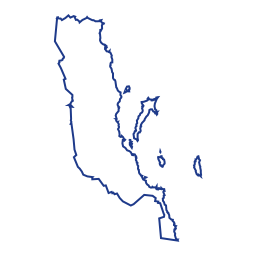 the district of Loreto, Baja California Sur, Mexico
{"feature_id": "50627088B56392169999769", "entity_name": "Loreto", "entity_type": "district", "adm_level": 2, "iso_a3": "MEX", "parent_name": "Mexico", "parent_adm1": "Baja California Sur", "projection": "robinson", "projection_center": [-111.2, 25.885], "detail": "fine", "context": "isolated", "style": "outline", "palette": "blue", "viewbox_px": 256, "rotation_deg": 0, "n_neighbors": 0, "source": "geoboundaries", "source_scale": "gbopen_adm2", "svg_char_len": 5897}
<svg xmlns="http://www.w3.org/2000/svg" viewBox="0 0 256 256"><path d="M87.1,17.1L86.5,18.0L82.4,20.0L79.6,22.4L79.4,21.5L77.3,19.7L75.9,19.9L74.6,17.0L75.0,16.6L73.7,16.1L70.4,17.6L68.4,15.4L65.4,18.0L61.9,20.1L60.6,18.5L58.9,18.5L57.9,18.0L57.9,17.3L57.2,17.4L57.1,18.4L56.8,18.6L57.0,19.1L54.9,41.3L64.1,56.9L63.8,57.9L62.8,58.6L62.5,59.8L61.6,60.4L59.4,60.7L59.1,62.5L59.3,62.7L58.5,63.6L60.9,68.1L65.5,78.8L63.8,79.6L65.8,88.9L72.4,94.9L72.4,97.1L72.1,97.4L72.4,99.9L72.8,100.3L72.7,101.0L71.8,101.3L70.2,104.1L68.6,105.0L70.7,105.0L72.3,106.8L69.8,106.6L70.7,108.6L71.1,119.2L70.8,120.4L71.4,122.0L70.7,123.9L71.5,123.9L73.6,139.4L74.5,149.6L76.3,155.0L73.9,157.2L77.9,166.9L79.7,168.6L81.8,171.5L83.3,174.7L87.4,176.4L92.5,177.1L92.2,177.4L92.3,179.3L98.7,178.9L103.7,185.8L105.8,185.4L108.6,193.0L111.7,191.9L112.3,193.2L113.4,192.7L114.5,194.2L117.0,193.5L119.7,198.0L122.9,201.4L130.8,205.5L133.6,204.2L144.2,194.9L152.6,195.8L155.7,198.1L155.1,201.1L158.3,201.6L158.0,202.9L160.2,203.2L163.7,213.7L164.3,214.8L164.0,216.8L159.2,218.4L161.0,238.1L177.8,240.6L177.5,239.8L177.7,239.5L177.0,239.5L175.9,238.5L174.9,235.1L175.2,233.8L174.2,231.6L174.4,229.3L174.9,228.9L175.4,229.2L175.9,228.3L175.2,226.9L176.0,226.0L174.0,225.1L174.0,224.1L174.5,223.7L174.1,222.4L172.6,220.9L172.8,219.8L171.4,219.6L169.4,217.8L169.2,215.2L168.6,213.7L168.2,213.4L168.3,212.9L167.3,212.3L167.4,211.6L166.4,210.1L166.0,205.4L164.7,204.7L164.0,202.2L163.0,200.9L162.8,198.5L163.8,197.8L163.7,195.6L164.6,195.2L163.3,192.0L163.9,190.7L164.5,190.8L164.2,189.1L162.8,189.1L162.0,188.6L161.7,188.9L161.1,188.0L160.8,189.0L159.5,188.9L159.0,188.1L158.0,188.3L158.0,189.4L156.9,189.3L156.2,188.8L155.9,187.8L156.6,187.2L156.6,186.4L156.0,187.4L153.2,187.4L152.4,186.8L152.0,187.5L150.9,187.6L149.3,186.9L148.6,185.4L147.4,184.7L146.3,183.3L145.8,181.6L145.9,180.7L143.2,179.5L142.4,177.9L142.5,177.4L141.9,176.9L141.8,176.2L142.1,175.8L140.8,175.5L140.6,174.6L139.6,173.8L139.1,172.8L138.8,169.9L138.5,169.9L138.0,168.8L138.2,166.0L137.6,165.3L137.2,164.1L137.5,163.0L136.7,162.6L136.7,161.4L135.9,160.1L135.9,159.4L136.5,158.1L136.3,157.1L135.8,157.5L135.4,155.5L134.8,154.4L133.4,154.2L133.6,154.8L133.3,155.2L132.1,155.0L130.9,152.3L129.4,151.1L127.1,150.3L125.4,147.9L123.1,146.4L122.4,143.4L122.8,139.9L124.1,139.8L123.7,140.6L124.1,140.8L125.1,139.8L124.0,139.0L123.1,137.2L121.7,135.9L121.4,136.8L120.5,136.9L119.3,136.0L119.6,134.6L119.2,131.5L118.0,129.1L118.9,127.7L119.0,126.7L118.5,125.8L118.8,124.2L117.6,122.1L117.8,121.8L117.2,121.9L116.2,120.7L116.1,119.9L116.5,119.1L116.1,118.9L116.6,118.8L115.7,115.6L116.2,113.9L118.6,111.0L118.6,109.1L119.0,108.3L118.5,107.7L118.3,106.5L118.6,106.5L117.8,105.5L117.6,104.2L118.2,102.8L119.7,101.4L120.0,99.1L121.3,97.5L121.4,96.3L120.5,95.2L120.4,94.4L120.6,92.4L119.1,91.7L117.8,90.5L116.9,88.1L116.3,87.5L115.4,81.2L114.9,80.0L113.9,79.6L113.0,78.0L113.0,73.3L112.2,72.3L111.5,68.7L110.2,66.7L110.2,65.6L110.7,65.0L110.4,64.5L110.6,63.2L111.0,62.6L112.3,62.4L112.3,59.4L111.4,56.9L111.8,55.7L110.4,52.6L109.2,52.2L109.4,51.1L108.9,51.6L106.9,51.4L106.1,50.6L105.5,49.1L105.1,49.1L105.0,47.9L105.5,47.5L106.4,47.8L106.8,47.3L106.0,46.6L106.4,46.0L105.8,45.5L105.7,46.1L105.3,46.2L104.2,44.5L103.1,44.3L102.2,43.6L101.0,42.5L100.1,40.6L100.1,38.9L100.4,38.2L100.0,33.8L99.6,33.5L99.9,32.2L100.4,31.6L100.3,30.6L100.7,30.5L100.5,29.9L101.4,29.7L102.1,28.4L101.9,25.3L102.3,24.8L102.4,23.8L103.7,23.8L103.9,23.4L102.0,22.6L101.1,21.6L100.9,20.9L101.3,20.1L99.7,20.4L99.5,21.2L95.5,21.3L93.6,20.2L92.4,20.2L90.1,19.1L87.7,17.9L87.1,17.1ZM158.0,97.2L157.2,97.3L156.8,98.2L156.2,97.8L155.8,98.7L154.3,99.7L154.2,99.1L153.3,99.4L152.6,100.2L152.1,100.0L152.0,100.4L151.6,100.4L151.5,99.6L149.4,99.3L148.3,97.8L147.5,98.9L147.8,100.0L146.9,100.7L143.6,101.8L141.6,102.0L141.7,103.1L142.8,105.0L142.6,105.5L143.2,105.3L143.5,105.8L143.2,106.4L142.6,106.3L142.4,107.8L142.0,108.2L142.7,110.1L142.7,111.0L142.1,112.4L140.3,113.6L139.9,115.1L138.5,116.4L138.3,118.4L136.9,120.5L137.2,123.1L136.3,124.3L136.5,126.1L136.0,126.4L135.4,128.0L136.1,130.5L135.7,131.2L134.8,131.2L134.3,132.9L133.5,134.0L134.1,138.3L136.6,139.4L137.5,140.9L138.0,140.2L137.6,138.0L137.6,134.1L138.9,132.3L139.8,132.4L140.7,130.9L140.2,128.4L140.7,127.3L140.5,126.9L141.2,126.1L140.8,125.6L141.0,124.7L142.1,122.8L144.5,120.3L144.6,119.4L146.3,116.6L147.7,115.3L149.1,112.5L149.4,110.0L150.7,109.3L152.0,109.3L153.2,111.4L154.2,111.7L155.3,113.5L156.2,113.4L156.8,114.6L157.3,113.9L156.9,112.6L157.3,112.0L156.7,112.2L156.2,111.7L156.4,109.7L156.6,109.4L156.0,109.8L155.1,109.3L154.5,106.1L154.9,103.5L156.8,98.8L158.0,97.2ZM199.1,159.4L198.4,156.3L197.5,156.6L196.9,158.4L196.3,159.3L195.7,159.4L195.9,159.8L194.9,161.2L195.3,161.6L194.7,161.9L194.8,164.1L194.4,165.2L194.0,165.4L194.4,166.7L194.1,167.4L195.9,170.8L195.7,171.4L196.7,174.2L197.6,175.0L197.6,174.5L198.3,174.4L200.6,176.2L200.4,175.6L201.1,175.0L200.8,172.9L200.8,170.3L200.2,167.7L200.3,166.4L199.8,165.6L199.1,162.3L200.0,160.2L199.1,159.4ZM161.6,156.2L160.6,156.4L160.3,157.3L158.2,157.0L158.1,157.3L158.4,159.2L160.1,162.6L159.7,163.2L159.9,164.4L160.4,165.3L160.9,165.2L161.2,166.0L162.0,166.3L162.3,166.8L162.8,166.6L163.0,165.4L164.6,163.6L164.6,162.0L164.1,159.6L162.9,159.2L162.8,158.3L162.0,158.1L161.6,156.2ZM128.9,86.3L127.0,86.6L125.7,89.1L126.9,90.1L126.9,90.6L125.4,92.1L124.9,92.3L124.7,91.9L124.4,92.7L125.4,92.3L126.9,91.3L129.2,91.4L129.0,89.7L129.5,89.4L129.4,88.6L129.7,88.1L128.9,86.3ZM129.6,140.1L129.5,140.4L129.5,140.6L129.6,140.2L130.1,140.5L130.3,141.6L130.2,142.9L129.8,142.9L129.8,144.8L131.8,147.8L132.1,146.8L131.3,145.7L132.0,143.8L131.4,143.5L131.4,143.8L131.1,143.0L131.5,142.2L131.0,142.3L130.4,140.0L129.6,140.1ZM146.1,177.4L145.0,177.0L144.8,177.9L145.5,177.8L146.1,177.4ZM160.4,152.2L160.5,151.9L160.3,151.4L160.2,152.0L160.4,152.2Z" fill="none" stroke="#1e3a8a" stroke-width="2"/></svg>